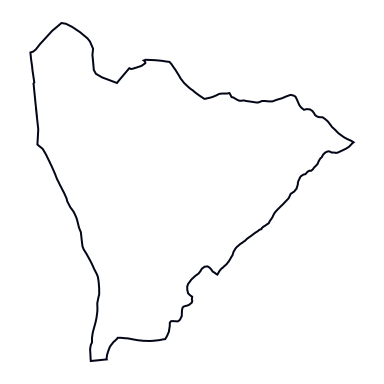 outline of Bonneterre, Gros Islet, Saint Lucia
{"feature_id": "8701671B46527115488152", "entity_name": "Bonneterre", "entity_type": "district", "adm_level": 2, "iso_a3": "LCA", "parent_name": "Saint Lucia", "parent_adm1": "Gros Islet", "projection": "mercator", "projection_center": [-60.94, 14.069], "detail": "fine", "context": "isolated", "style": "outline", "palette": "ink", "viewbox_px": 384, "rotation_deg": 0, "n_neighbors": 0, "source": "geoboundaries", "source_scale": "gbopen_adm2", "svg_char_len": 5122}
<svg xmlns="http://www.w3.org/2000/svg" viewBox="0 0 384 384"><path d="M143.8,60.5L144.4,60.9L145.3,62.2L145.3,63.2L141.6,65.8L140.6,66.2L135.7,67.8L132.8,68.7L131.0,69.0L129.3,68.2L118.5,81.0L117.0,83.0L102.1,77.4L95.9,73.8L93.8,69.9L93.1,61.7L92.4,54.9L93.1,48.8L90.0,41.6L87.5,38.4L80.2,32.3L72.3,27.0L66.0,23.8L61.5,23.0L52.1,30.9L45.9,37.7L40.0,44.1L35.8,49.5L33.0,51.7L30.6,52.4L30.4,52.5L31.0,58.6L32.2,67.2L32.4,69.7L34.3,82.5L33.5,83.6L33.7,85.0L34.1,89.2L35.5,103.2L37.0,117.0L35.9,108.0L38.2,128.7L38.2,130.3L37.8,137.7L37.4,144.5L37.7,144.8L39.0,145.9L40.9,147.4L42.7,148.9L43.7,150.6L44.9,152.6L45.7,154.0L46.9,156.3L47.6,157.9L49.6,161.9L50.4,163.7L51.0,164.8L52.4,167.9L55.1,174.1L56.4,177.5L57.3,179.7L58.0,180.9L58.8,182.6L60.6,186.3L61.2,187.3L63.3,191.5L63.8,192.3L66.0,197.2L66.4,197.9L66.6,198.7L67.0,200.5L67.4,201.6L70.4,207.4L71.5,208.8L72.5,210.2L74.0,212.4L76.3,217.5L77.2,220.3L78.9,227.3L80.1,230.5L80.3,230.8L80.7,231.8L80.9,232.7L82.0,242.6L82.5,246.4L82.8,247.2L83.7,249.4L86.4,253.7L89.1,258.6L91.6,263.3L94.3,269.3L95.1,270.8L96.6,273.7L97.7,276.4L97.9,276.9L98.1,278.3L98.4,280.1L98.6,281.5L98.8,283.6L99.2,288.8L99.1,290.3L99.2,291.2L99.2,293.5L99.1,295.0L98.8,295.8L98.2,298.5L97.5,302.1L97.3,302.9L97.3,304.8L97.4,307.3L97.4,310.4L97.2,312.7L96.5,317.8L95.6,322.1L93.2,330.9L92.7,333.0L92.0,337.8L92.0,342.5L91.2,344.1L90.8,345.0L90.6,346.2L90.5,346.8L90.4,347.2L90.2,348.5L90.1,349.2L90.5,356.2L90.6,358.6L90.8,361.0L106.6,359.4L106.4,359.1L106.5,358.7L106.8,357.1L106.9,356.1L107.0,355.2L107.1,354.8L107.8,352.5L108.5,350.4L109.1,348.8L109.5,347.7L109.7,347.2L110.7,345.6L112.8,342.9L113.6,341.9L115.3,340.5L115.9,339.8L116.9,339.0L117.1,338.6L117.7,337.8L120.9,337.8L124.7,338.2L128.0,338.4L131.6,339.1L137.6,340.2L143.3,340.8L149.6,341.0L153.0,340.8L158.9,340.2L163.0,339.4L165.2,339.1L165.8,338.0L166.2,337.5L167.4,335.3L167.6,334.6L168.9,331.7L169.1,331.1L169.0,330.2L169.2,329.6L169.3,329.0L169.4,328.5L169.4,328.0L169.6,327.2L169.7,326.7L169.8,324.7L169.8,323.2L169.8,322.8L170.3,322.0L170.9,321.3L171.3,321.2L172.1,321.1L174.9,321.2L176.0,321.3L176.7,321.3L178.0,321.3L179.2,320.4L179.5,320.2L180.0,319.6L180.4,318.9L181.3,316.9L181.7,316.3L181.8,315.6L181.8,314.5L181.9,311.8L182.0,310.3L182.3,308.6L182.4,308.2L183.2,306.9L183.7,306.6L185.3,306.0L186.8,305.7L188.3,305.2L189.7,304.4L190.3,303.8L191.3,303.0L191.8,302.6L192.0,302.2L192.1,301.3L192.3,300.9L191.9,299.8L191.9,299.4L192.0,298.0L192.2,296.7L190.2,295.4L188.1,293.3L187.3,289.9L187.2,286.6L188.1,284.0L191.4,279.5L195.3,275.9L198.6,273.5L200.4,271.2L201.8,268.8L204.6,266.7L207.6,266.4L209.5,267.6L211.3,269.5L212.6,271.5L214.9,272.9L216.5,274.2L217.4,274.6L218.1,273.4L218.6,272.4L219.6,270.8L220.5,269.7L221.4,268.7L222.2,268.0L222.6,267.9L223.6,266.8L226.0,264.7L227.1,263.6L227.7,262.6L228.3,262.0L228.8,261.4L229.1,260.8L229.9,259.6L231.2,257.2L232.5,255.2L232.9,254.0L233.4,252.2L234.0,251.0L234.9,249.7L235.3,248.7L236.8,247.0L238.0,246.0L238.9,245.2L240.1,244.1L240.7,243.7L242.1,242.9L243.7,241.6L244.9,240.9L246.1,239.7L247.0,238.8L249.2,237.2L251.1,235.9L254.2,233.5L256.1,232.2L257.9,231.1L259.0,230.1L260.1,229.5L261.3,229.2L261.6,228.7L261.8,228.1L262.5,227.5L263.4,226.7L264.4,226.1L265.3,225.6L266.6,224.6L268.3,223.5L268.7,223.3L268.9,222.9L269.1,222.4L269.8,221.1L270.9,219.5L272.1,217.8L272.3,217.5L273.1,215.7L274.6,212.9L275.6,211.7L276.9,210.2L281.0,206.1L282.3,204.9L283.0,204.2L284.7,202.4L288.7,198.2L288.8,197.9L289.2,197.1L289.8,195.8L290.1,195.2L290.5,194.2L291.0,193.6L292.1,193.0L293.1,192.2L293.3,192.1L293.9,191.8L294.5,191.2L295.4,190.0L296.0,189.2L296.6,188.7L296.6,188.4L296.9,187.4L297.3,186.2L297.6,185.2L297.8,184.5L297.9,182.8L298.2,181.5L298.5,180.8L299.0,179.7L299.7,178.4L299.8,177.8L300.6,176.6L300.8,176.3L303.2,174.7L305.5,174.1L307.1,172.2L308.4,171.2L309.5,170.7L311.0,170.8L312.7,169.5L314.2,167.4L316.3,165.4L317.8,163.6L318.3,162.0L319.6,159.6L320.3,158.5L321.6,157.4L323.3,154.4L325.1,152.7L326.9,151.7L328.8,151.3L330.4,151.8L331.5,152.5L334.6,152.6L335.9,152.9L337.5,152.7L342.2,150.5L346.0,148.7L349.2,146.6L352.2,143.4L353.6,142.3L351.2,140.8L349.2,139.9L347.2,139.0L344.4,137.5L342.2,136.0L338.5,133.3L334.9,129.6L332.1,127.1L330.3,124.6L327.8,121.4L325.2,119.1L322.6,117.3L318.7,117.1L316.7,116.3L315.0,115.0L314.2,113.4L312.4,111.0L310.0,109.4L306.7,109.1L304.0,109.8L301.2,107.6L299.4,105.2L298.2,102.6L297.3,100.4L295.7,97.0L295.2,96.5L293.5,95.5L290.5,94.9L286.3,96.4L281.9,98.3L277.0,99.7L272.4,101.4L268.7,101.4L265.1,101.0L261.8,101.0L260.2,101.8L257.7,102.6L255.0,102.3L251.8,101.8L246.3,101.0L243.5,100.4L241.8,100.7L239.8,100.8L237.7,100.1L235.5,98.8L233.1,97.4L231.6,97.1L229.5,93.1L229.3,93.0L229.0,93.1L227.5,93.5L225.6,93.5L224.4,93.5L221.7,93.6L219.2,93.9L216.5,95.3L213.2,96.7L210.8,97.5L204.6,98.9L204.3,98.8L202.3,97.5L199.3,95.5L197.5,94.2L196.3,93.3L194.4,91.8L192.7,90.3L191.0,89.2L189.4,87.9L187.8,86.5L185.8,84.6L184.0,82.9L182.1,80.4L180.7,78.6L178.9,75.4L177.6,73.4L175.6,70.1L173.8,67.6L171.5,64.2L169.5,61.9L166.8,61.6L161.8,60.8L155.3,60.2L150.9,60.0L145.5,59.8L143.8,60.5Z" fill="none" stroke="#020617" stroke-width="2"/></svg>